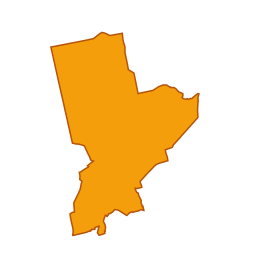 Kombo Central, West Coast, Gambia (Robinson projection), rotated 168°
{"feature_id": "56634734B211008456047", "entity_name": "Kombo Central", "entity_type": "district", "adm_level": 2, "iso_a3": "GMB", "parent_name": "Gambia", "parent_adm1": "West Coast", "projection": "robinson", "projection_center": [-16.653, 13.251], "detail": "fine", "context": "isolated", "style": "filled", "palette": "amber", "viewbox_px": 256, "rotation_deg": 168, "n_neighbors": 0, "source": "geoboundaries", "source_scale": "gbopen_adm2", "svg_char_len": 5161}
<svg xmlns="http://www.w3.org/2000/svg" viewBox="0 0 256 256"><g transform="rotate(168 128 128)"><path d="M204.5,34.6L204.2,34.3L191.3,34.6L190.4,34.6L190.2,34.6L189.5,34.8L189.3,34.8L187.8,35.1L187.0,35.1L186.8,35.0L186.3,35.0L186.0,35.1L185.6,35.2L185.6,35.5L185.8,35.7L185.5,35.8L184.9,36.0L184.5,36.2L184.3,36.4L184.1,36.2L183.6,36.0L183.2,36.0L182.8,36.1L182.4,36.1L181.9,35.9L181.3,36.0L181.4,36.4L181.4,37.0L181.2,37.1L181.0,37.4L180.7,37.5L180.0,37.7L179.8,37.7L179.6,37.8L179.2,37.7L178.4,37.8L178.0,37.9L177.4,37.9L176.8,37.9L179.7,31.9L178.6,29.1L173.4,29.5L173.1,29.9L172.9,30.0L172.4,30.0L172.5,30.3L172.4,30.8L172.4,31.2L172.3,31.5L172.4,31.9L171.7,31.9L171.7,32.4L171.7,32.7L171.6,32.8L171.0,34.4L170.6,35.5L170.6,37.2L170.6,37.6L170.6,37.9L170.7,39.0L170.8,39.4L171.0,39.8L171.3,40.9L171.3,41.3L171.4,41.9L171.2,42.4L171.1,42.6L170.9,43.2L170.5,43.5L170.3,44.2L170.2,44.5L169.3,45.7L169.1,46.1L168.9,46.5L168.5,47.1L168.4,47.3L167.9,47.3L167.6,47.1L167.4,46.8L167.2,46.5L167.1,46.0L166.9,45.9L166.7,45.8L166.5,46.0L166.2,46.6L165.9,46.8L165.7,46.8L165.6,47.0L165.2,47.3L165.0,47.6L164.9,48.0L164.7,48.1L164.3,48.1L164.0,48.0L163.8,48.0L163.6,48.1L162.9,48.2L162.5,48.3L162.2,48.4L162.0,48.6L161.6,48.7L160.9,48.8L158.3,50.7L158.0,51.0L157.0,50.6L155.0,49.9L154.7,49.7L154.4,49.4L153.6,48.8L153.4,48.5L153.0,48.2L152.4,47.6L152.1,47.2L151.2,46.4L151.0,46.2L150.4,45.6L149.9,45.1L149.3,44.5L148.6,43.8L148.0,43.2L147.8,43.1L147.5,42.8L147.3,42.7L144.4,44.5L144.2,44.7L143.7,44.8L143.4,44.9L143.2,44.9L142.9,44.9L142.7,45.0L142.3,45.0L142.0,45.1L141.8,45.0L141.6,45.0L141.3,44.9L140.8,44.6L139.9,44.6L139.6,44.6L139.1,44.6L138.8,44.7L138.5,44.8L138.3,44.8L138.0,44.8L137.1,44.7L136.7,44.7L136.2,44.7L135.9,44.7L135.5,44.8L135.2,44.7L134.7,44.8L134.1,45.0L133.5,45.2L132.9,45.3L132.3,45.4L131.9,45.4L131.4,45.0L131.2,44.8L131.0,44.6L130.6,44.4L130.3,44.3L129.8,44.2L129.6,44.1L129.6,44.6L129.6,44.9L129.6,45.1L129.6,45.4L129.6,45.7L129.7,45.9L129.7,46.1L129.6,46.5L129.7,47.9L129.7,48.3L130.3,48.2L130.3,48.6L130.4,49.6L130.4,50.2L130.4,50.5L130.5,50.7L130.6,51.0L130.7,51.3L130.8,52.0L130.8,52.6L130.4,53.4L130.1,54.6L130.5,55.7L130.7,56.4L130.8,56.8L130.9,57.2L131.0,57.6L131.5,59.7L131.5,60.6L131.5,61.2L131.5,62.1L132.9,63.3L133.0,63.6L133.1,64.0L133.2,64.4L133.2,64.7L133.3,65.2L133.4,65.6L133.5,66.1L133.5,66.9L133.5,67.5L133.1,67.3L132.7,67.2L132.3,67.1L131.4,67.0L130.1,67.0L129.6,67.0L129.1,67.0L128.2,67.0L127.3,67.0L126.8,67.1L126.8,68.2L126.8,68.8L127.0,70.0L127.4,73.1L116.5,81.0L116.2,81.1L115.4,81.6L115.2,81.7L113.9,82.6L112.2,83.8L111.5,84.3L109.4,85.7L109.2,85.6L107.8,86.5L106.8,86.7L105.2,87.0L101.4,87.3L95.8,87.7L95.7,88.6L95.7,88.9L95.7,89.1L95.7,91.7L95.7,92.0L95.7,92.5L95.9,93.2L95.9,93.7L96.0,94.7L96.1,95.4L96.1,95.6L96.2,96.1L96.2,96.7L96.1,97.5L96.0,97.9L96.0,98.3L96.0,99.0L95.1,99.1L94.3,99.2L93.7,99.2L92.7,99.4L91.4,99.5L91.0,99.6L89.9,99.7L89.4,99.8L89.0,99.9L88.8,99.9L88.1,100.5L87.6,101.7L78.8,108.0L78.4,108.2L78.4,108.4L70.2,114.4L59.3,122.4L57.6,123.7L57.4,123.8L56.5,129.4L56.3,131.0L54.3,138.3L53.6,140.2L53.6,141.6L53.5,141.8L53.3,143.1L53.1,143.6L51.5,146.7L51.9,146.9L52.4,147.2L56.8,145.1L57.7,144.6L59.7,143.4L59.9,143.5L60.4,143.7L60.7,143.9L61.1,143.9L61.3,143.9L61.8,143.6L62.2,143.6L62.5,143.6L62.8,143.5L63.2,143.5L63.5,143.6L63.6,143.9L63.7,144.1L63.8,144.3L65.6,144.2L67.1,144.8L68.8,146.3L68.7,146.6L68.3,147.0L68.0,147.4L67.8,147.8L67.6,148.2L67.5,148.5L67.4,148.7L67.4,149.0L67.4,149.3L67.4,149.6L67.2,149.9L67.5,150.1L67.6,150.3L67.7,150.5L67.9,150.5L68.1,150.7L68.3,150.9L68.5,151.1L68.7,151.3L68.9,151.4L69.1,151.5L69.3,151.7L69.5,151.9L70.0,152.1L70.4,152.3L70.7,152.7L70.9,153.0L71.1,153.5L71.4,153.7L71.8,154.2L72.0,154.5L72.2,154.9L72.3,155.4L72.8,156.1L73.0,156.4L73.4,156.8L73.9,157.4L74.4,157.6L74.6,158.0L77.4,158.5L77.7,159.0L77.8,159.2L78.5,159.2L81.2,162.0L84.7,162.8L89.2,162.1L95.5,159.7L95.9,159.6L96.1,159.6L110.8,159.6L111.0,159.6L110.9,167.4L110.8,177.2L110.8,180.5L115.5,185.1L115.3,191.4L115.3,193.4L115.3,198.0L115.3,202.2L114.1,208.1L114.4,211.1L114.6,215.4L113.9,221.8L126.4,222.2L130.9,225.6L133.6,226.9L135.8,226.2L136.9,225.7L140.7,223.8L143.1,222.6L144.6,222.6L152.2,222.6L164.0,222.8L186.6,223.2L186.5,214.4L186.4,206.1L186.4,201.5L186.3,195.7L186.2,183.7L186.1,176.3L186.0,171.1L185.9,163.8L185.9,158.8L185.8,154.0L185.8,152.8L185.7,142.9L185.5,124.7L184.6,124.4L183.0,123.5L182.3,123.2L181.7,123.1L180.9,122.8L180.4,122.7L179.8,122.6L179.2,122.3L178.9,122.1L178.5,121.9L177.5,121.4L176.2,120.7L175.9,120.6L175.5,120.4L175.1,119.9L174.6,119.7L174.3,119.4L174.0,117.8L173.3,114.7L172.9,112.9L172.0,109.3L171.9,109.0L171.1,105.5L171.3,105.5L171.2,104.5L170.6,103.8L168.7,102.8L169.9,102.2L170.9,101.8L172.7,101.0L175.5,99.5L174.6,98.2L177.8,97.1L178.2,97.0L179.9,96.4L180.8,96.0L182.6,95.2L184.1,94.7L184.8,94.8L184.9,93.4L184.9,92.6L184.9,92.0L184.9,91.7L185.0,91.0L185.1,90.4L185.2,90.1L185.9,87.6L184.2,85.6L185.7,82.3L186.5,80.4L186.9,79.4L187.6,77.9L188.4,76.8L189.2,75.6L196.7,65.9L196.7,65.7L197.8,56.9L200.2,57.0L202.6,56.0L202.9,52.1L202.9,51.1L202.8,40.8L203.0,39.4L203.3,37.4L204.5,34.6Z" fill="#f59e0b" stroke="#b45309" stroke-width="1.5"/></g></svg>